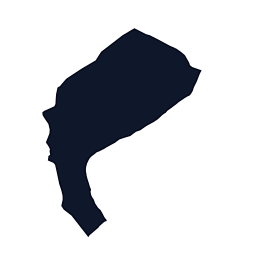 the district of Armant, Qina, Egypt, rotated 345°
{"feature_id": "37247803B28192113145833", "entity_name": "Armant", "entity_type": "district", "adm_level": 2, "iso_a3": "EGY", "parent_name": "Egypt", "parent_adm1": "Qina", "projection": "orthographic", "projection_center": [32.504, 25.612], "detail": "fine", "context": "isolated", "style": "filled", "palette": "ink", "viewbox_px": 256, "rotation_deg": 345, "n_neighbors": 0, "source": "geoboundaries", "source_scale": "gbopen_adm2", "svg_char_len": 2043}
<svg xmlns="http://www.w3.org/2000/svg" viewBox="0 0 256 256"><g transform="rotate(345 128 128)"><path d="M212.9,91.5L204.9,86.0L204.5,85.5L204.5,85.0L203.4,84.0L203.3,82.3L203.2,80.7L201.1,72.7L198.2,68.5L194.7,64.4L188.5,59.3L179.4,50.7L172.6,44.6L169.2,42.6L159.8,34.1L157.0,34.9L147.0,37.7L141.5,40.0L122.3,48.0L119.7,50.3L114.6,55.0L99.3,59.2L92.9,61.3L87.1,63.2L81.3,65.2L80.0,66.1L75.1,69.4L73.6,70.6L70.9,71.3L68.0,77.0L66.6,80.9L64.8,86.4L62.8,88.7L62.2,88.8L61.5,88.9L56.2,89.8L51.6,90.5L50.0,91.2L49.6,93.4L50.3,96.0L52.9,103.5L52.7,109.5L51.3,113.4L45.8,120.8L47.1,124.5L47.9,128.3L46.9,130.5L46.6,134.3L44.5,135.0L43.1,138.4L47.6,141.9L48.8,144.5L48.6,149.7L48.1,159.2L47.8,164.2L48.0,167.4L48.2,170.9L48.0,176.7L47.0,180.7L44.2,186.1L45.5,189.9L46.5,191.2L51.4,197.6L61.7,221.9L62.5,221.1L73.3,215.9L74.7,214.7L80.6,211.8L82.7,211.6L82.7,211.1L81.9,209.6L81.3,207.8L81.0,206.3L80.7,205.0L80.2,202.9L79.5,200.3L77.8,197.8L76.9,195.1L76.0,192.4L75.9,190.7L75.7,188.4L74.9,186.2L74.5,184.1L74.3,183.3L74.5,180.8L74.5,179.8L75.0,178.9L75.6,177.7L75.2,174.7L75.2,171.5L75.0,168.7L75.0,168.4L74.9,164.0L75.3,160.6L75.4,158.7L76.2,155.9L76.6,155.0L76.8,154.5L77.4,153.4L78.7,151.2L80.1,149.5L82.1,147.3L83.5,146.2L85.7,145.0L87.4,144.4L89.7,143.4L91.4,142.6L93.9,142.4L97.3,141.7L99.7,141.2L101.6,140.5L102.7,140.3L103.8,140.0L111.6,138.1L113.8,137.2L116.6,136.1L121.2,135.8L124.3,135.7L128.0,135.6L130.9,134.4L134.5,133.0L139.3,132.6L141.4,131.8L142.0,131.6L143.6,131.0L146.2,130.1L148.2,129.6L150.3,129.1L151.0,128.9L152.8,128.5L153.9,128.2L154.5,128.1L155.7,127.6L156.8,127.3L158.5,126.7L159.9,126.0L161.3,125.3L162.3,124.7L163.1,124.3L163.8,123.9L164.6,123.5L165.7,123.1L166.9,122.7L168.0,122.4L170.0,121.0L170.6,120.7L172.0,120.2L174.4,119.3L175.3,119.0L177.2,118.1L177.3,118.1L179.7,117.2L182.1,116.1L182.9,115.7L184.2,115.2L187.1,114.2L190.6,113.0L193.7,112.1L195.4,111.9L197.1,110.9L199.7,108.3L201.3,105.7L203.0,103.7L205.7,100.7L208.7,96.6L211.1,93.4L212.9,91.5Z" fill="#0f172a" stroke="#020617" stroke-width="1.5"/></g></svg>